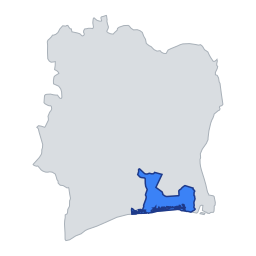 Lagunes highlighted on a map of Ivory Coast
{"feature_id": "CIV-3458", "entity_name": "Lagunes", "entity_type": "Department", "adm_level": 1, "iso_a3": "CIV", "parent_name": "Ivory Coast", "parent_adm1": "", "projection": "robinson", "projection_center": [-4.434, 5.74], "detail": "fine", "context": "in_parent", "style": "filled", "palette": "blue", "viewbox_px": 256, "rotation_deg": 0, "n_neighbors": 0, "source": "natural_earth", "source_scale": "10m", "svg_char_len": 9102}
<svg xmlns="http://www.w3.org/2000/svg" viewBox="0 0 256 256"><path d="M52.4,35.2L53.3,35.2L55.7,34.4L57.9,32.6L59.9,28.9L62.7,25.8L65.8,26.1L66.7,25.5L67.8,25.4L69.0,27.4L70.3,28.9L71.3,28.9L71.9,31.8L77.5,33.0L79.9,33.8L82.0,35.8L82.7,35.9L83.5,35.5L84.2,34.7L84.3,33.9L83.5,32.1L83.8,30.4L84.8,28.9L86.2,28.8L88.4,28.3L90.9,28.3L92.7,28.6L93.5,27.1L92.8,22.9L93.0,20.5L93.3,18.6L94.0,17.8L96.8,20.2L99.3,21.1L101.1,21.2L101.6,20.7L100.9,18.0L101.1,17.2L101.8,16.7L103.0,16.5L106.2,15.4L106.5,15.6L107.1,19.8L106.9,21.2L107.5,24.1L108.4,26.8L108.3,27.9L107.6,29.6L106.8,31.1L106.9,31.7L108.2,32.8L110.6,33.8L113.2,34.1L114.6,32.5L116.1,31.2L117.2,30.1L117.5,28.4L119.1,27.2L123.8,25.6L128.1,25.4L129.1,25.9L131.0,28.2L133.5,29.9L137.2,29.7L139.9,30.6L142.3,32.4L143.8,36.4L145.5,39.3L146.3,43.4L149.0,45.6L151.1,46.6L154.0,49.6L157.0,51.1L160.1,50.7L161.5,52.3L163.8,53.4L166.1,53.5L168.1,50.0L170.8,48.7L177.6,45.9L180.2,44.7L182.9,43.9L189.5,43.6L195.5,44.5L198.5,45.1L200.6,44.7L202.5,46.3L204.5,49.7L206.2,50.8L207.9,52.0L209.1,54.7L210.6,57.4L211.4,58.6L213.2,61.3L214.8,61.3L216.3,60.1L217.0,59.3L217.3,61.0L216.7,63.9L216.8,65.6L217.7,66.3L217.2,68.6L215.4,72.4L215.4,74.7L217.2,75.4L218.5,77.8L219.2,82.0L220.0,83.4L220.1,84.2L221.4,94.2L222.9,104.3L221.9,105.6L220.6,106.0L219.7,106.4L219.4,107.4L220.0,108.8L219.6,110.0L217.9,110.9L214.1,114.1L213.9,115.3L212.9,118.1L212.0,119.7L210.8,122.8L208.9,130.9L208.1,137.7L208.0,139.8L207.3,141.2L206.4,143.3L202.3,149.1L200.3,153.8L200.5,155.9L200.6,157.9L200.0,159.4L200.1,163.4L200.6,166.8L201.4,170.0L204.3,179.3L205.9,185.0L206.9,189.5L207.7,192.6L208.5,193.8L208.8,195.0L213.2,195.8L214.1,196.5L215.3,202.4L215.1,205.1L214.2,206.1L214.2,208.4L214.0,211.2L213.4,212.3L210.9,212.4L209.3,213.5L207.1,213.1L206.9,212.4L205.7,212.1L202.4,210.5L202.9,205.4L201.4,205.2L200.2,205.9L197.9,212.0L196.8,213.1L180.5,209.9L177.0,207.3L172.7,206.8L165.3,207.1L159.2,207.8L157.5,209.4L172.9,208.5L174.5,208.6L175.3,209.6L155.9,211.6L148.4,212.8L146.2,212.5L144.6,210.5L136.5,210.3L134.8,210.9L133.8,212.4L137.0,212.1L142.0,212.0L143.4,213.1L127.7,214.5L116.8,217.3L112.2,219.4L97.0,226.1L87.8,229.3L85.3,230.5L81.1,233.8L75.7,235.9L69.6,239.8L65.9,240.6L65.1,239.4L65.0,232.8L64.5,224.0L64.7,220.7L65.2,217.5L65.2,214.9L67.0,213.9L67.5,212.8L67.8,209.4L69.5,206.2L69.6,200.8L70.1,199.7L70.5,198.2L69.8,194.7L68.8,188.0L68.3,187.5L67.9,187.8L67.0,187.9L63.2,185.6L60.2,185.2L58.2,183.2L58.0,181.0L57.0,179.7L56.3,177.1L55.3,174.1L52.4,172.2L49.7,171.8L47.8,172.2L45.5,172.1L42.9,171.1L41.1,169.9L39.4,167.8L37.8,166.0L36.6,166.2L35.0,165.8L33.5,165.0L33.1,164.4L39.4,157.4L41.5,154.0L41.8,151.9L41.8,149.8L42.5,147.7L42.7,144.4L39.2,132.4L38.3,128.8L37.4,127.7L36.8,127.3L38.5,125.7L41.0,126.1L44.7,127.3L45.5,126.1L48.4,120.1L48.3,117.9L48.0,116.3L49.7,112.2L51.0,110.6L51.7,108.9L51.4,106.5L50.5,105.7L49.2,105.8L47.6,105.2L45.2,103.9L44.0,102.7L44.4,97.2L44.6,95.5L45.5,94.6L46.8,94.3L50.5,94.1L53.5,94.8L56.1,95.1L57.5,95.1L58.6,96.7L60.1,98.4L61.4,98.4L61.9,97.2L61.6,91.8L60.7,88.9L58.7,86.2L53.5,83.8L53.4,80.6L54.0,77.0L55.1,75.7L58.9,73.4L58.3,72.2L57.0,70.9L54.6,69.6L55.2,65.4L55.3,61.6L53.2,62.0L51.1,62.2L49.3,61.1L47.8,58.8L47.5,52.5L47.6,45.1L47.3,41.9L47.9,40.2L49.7,38.6L51.7,36.5L52.4,35.2ZM205.0,213.2L204.1,214.6L200.0,213.7L201.0,212.5L205.0,213.2Z" fill="#d9dde1" stroke="#a8b0b8" stroke-width="1"/><path d="M190.9,212.1L188.0,211.4L186.5,211.4L185.5,211.1L185.3,211.0L185.2,210.9L185.2,210.5L185.3,210.3L185.2,210.0L184.9,209.7L185.2,209.3L184.8,209.6L184.6,210.0L184.4,210.5L184.3,211.0L184.1,211.0L183.7,210.7L183.1,210.7L181.9,210.7L181.4,210.6L180.0,209.7L177.9,209.4L176.9,209.1L176.4,208.3L177.0,208.5L177.7,208.4L178.2,208.1L178.6,207.6L179.0,208.2L179.2,208.5L179.5,208.6L179.8,208.3L179.8,208.0L179.6,207.8L179.6,207.6L180.0,207.7L181.1,208.2L181.3,208.2L181.6,208.1L182.4,208.4L183.5,209.1L183.4,208.8L183.4,208.5L183.3,208.3L183.8,208.3L184.6,208.4L184.9,208.3L185.3,207.7L185.1,207.4L184.7,207.2L184.5,206.7L184.2,205.6L184.1,205.0L184.0,204.8L183.7,204.6L183.4,204.5L183.1,204.7L182.9,204.5L182.6,204.4L182.3,204.5L182.2,204.8L182.3,205.0L182.9,205.5L183.7,206.7L184.2,207.3L184.7,207.6L184.5,208.0L184.0,208.0L183.5,207.8L183.1,208.1L182.8,208.1L182.4,207.5L182.1,207.4L181.8,207.4L181.3,207.3L181.0,207.2L180.6,207.0L180.3,206.6L180.3,206.2L180.1,206.3L179.9,206.5L179.7,206.3L179.6,206.1L179.6,205.8L179.6,205.4L179.4,205.4L179.4,205.9L179.2,206.3L178.9,206.5L178.6,206.4L178.3,206.6L178.0,206.6L177.6,206.6L177.3,206.4L176.5,206.5L176.2,206.6L176.5,206.9L177.0,207.1L177.5,207.0L177.9,206.8L178.3,207.3L177.9,207.7L177.4,208.1L176.8,208.2L176.3,207.9L175.9,207.7L175.2,207.3L174.6,207.1L174.3,207.2L174.0,207.5L173.5,207.4L172.6,206.8L172.2,207.0L171.8,207.2L171.5,207.3L171.1,207.1L170.9,207.3L170.7,207.3L170.5,207.1L170.2,206.8L169.4,207.5L169.0,207.7L168.5,207.6L168.6,207.4L168.7,207.0L168.7,206.8L167.9,206.7L167.6,206.7L167.2,207.1L167.0,206.9L166.7,206.7L166.3,207.3L165.8,207.7L165.5,208.1L165.3,207.8L164.9,207.5L164.5,207.2L164.2,207.1L163.9,207.3L163.6,207.6L163.3,207.8L162.9,207.3L163.0,207.3L163.1,207.2L162.0,207.2L161.6,207.4L161.5,208.1L161.8,207.9L162.0,207.9L162.2,208.2L162.3,208.6L161.7,208.4L159.5,208.3L159.4,208.0L159.3,207.7L158.9,207.1L158.7,207.4L158.7,207.7L158.8,207.9L159.1,208.1L159.1,208.3L158.5,208.4L158.1,208.6L157.4,209.3L156.8,208.9L156.2,208.9L155.6,209.2L155.3,209.5L155.1,209.5L154.8,209.4L154.6,209.2L154.3,209.0L154.2,208.8L154.6,208.6L154.9,208.7L155.2,208.8L155.7,208.8L155.6,208.5L155.5,208.2L155.3,208.1L155.1,208.1L155.1,207.8L155.4,207.6L155.6,207.4L155.7,207.1L155.7,206.6L155.1,207.4L154.6,207.9L153.9,208.0L153.1,208.1L154.0,208.8L153.3,209.4L152.2,210.0L151.4,210.5L151.2,211.0L151.3,211.3L151.5,211.5L152.1,211.7L152.6,211.7L153.2,211.6L153.5,211.4L153.3,211.0L153.3,210.7L154.1,210.5L154.5,210.2L154.6,210.4L154.8,210.6L155.1,210.7L155.4,210.6L156.1,210.3L156.5,210.2L157.5,210.2L157.8,210.3L158.0,210.5L158.7,210.8L159.0,210.7L159.8,210.5L159.4,210.5L159.1,210.5L158.8,210.3L158.7,210.0L158.9,209.8L159.9,209.5L159.9,210.0L160.2,210.0L160.9,209.6L162.7,209.8L163.6,209.3L163.8,209.8L164.0,209.6L164.3,209.1L164.5,208.8L165.0,208.8L165.5,209.1L165.9,209.2L166.4,208.8L166.9,209.1L167.6,208.9L168.2,208.7L169.5,208.4L170.3,207.9L170.7,207.8L174.6,207.7L175.6,208.1L175.3,208.2L175.0,208.3L174.6,208.3L174.3,208.3L176.6,209.5L166.9,210.4L157.1,211.3L152.0,212.6L149.2,212.9L148.6,213.2L148.3,213.0L147.9,212.9L146.3,212.9L145.9,212.9L145.9,212.7L146.0,212.7L146.3,212.7L146.3,212.4L145.4,212.5L145.2,212.0L145.2,211.4L145.0,210.7L145.4,210.2L145.0,210.1L143.3,210.3L142.7,210.5L142.2,210.8L141.8,211.2L141.3,210.7L140.4,210.2L139.3,210.0L138.4,210.2L138.1,209.9L138.3,209.7L140.2,209.5L140.7,209.5L141.0,209.5L141.4,209.9L141.8,210.1L142.0,210.1L142.3,209.9L142.6,209.5L143.7,206.8L143.7,206.6L143.7,206.4L143.6,205.5L143.7,205.3L143.7,205.0L143.8,204.7L145.8,199.3L146.1,198.0L146.2,197.5L146.2,197.1L146.1,196.3L146.0,196.1L145.7,195.5L145.5,195.2L145.5,194.9L145.5,194.6L147.2,189.6L145.7,186.3L145.3,183.5L145.2,179.2L145.1,178.4L144.7,178.1L144.3,177.9L141.1,177.5L139.8,176.9L137.7,174.6L138.6,171.8L138.7,170.8L138.6,170.6L138.6,169.4L139.1,169.0L139.3,168.9L139.5,168.9L139.7,169.0L144.5,173.5L145.1,173.8L146.1,174.0L147.0,174.0L147.3,174.0L149.2,173.3L149.4,173.3L149.9,173.4L150.4,173.5L150.5,173.5L150.8,173.6L151.0,173.7L151.3,173.8L152.2,173.8L153.1,173.8L153.9,173.4L154.6,172.4L162.0,174.4L155.9,187.4L162.1,191.9L162.8,193.7L162.7,194.2L163.0,194.6L163.5,195.0L165.0,196.0L165.9,196.4L166.9,196.5L178.6,195.7L178.9,195.4L179.0,195.1L179.0,194.9L178.8,190.9L179.5,189.9L179.9,189.6L180.2,189.6L180.5,189.4L180.9,189.0L182.2,187.5L184.5,185.8L184.8,185.7L185.0,185.6L193.1,188.1L193.1,188.3L193.1,189.2L193.4,189.6L193.7,189.8L194.1,190.1L194.6,190.8L194.7,191.1L194.7,191.3L194.6,191.6L194.2,192.0L194.1,192.3L194.0,195.1L194.0,195.4L194.1,195.6L194.3,195.7L194.4,195.8L194.5,195.9L194.6,196.1L194.6,196.4L194.8,198.0L194.9,198.4L195.0,198.6L195.0,198.9L194.9,199.2L194.6,200.2L194.1,201.6L194.0,202.0L193.9,202.9L194.2,205.4L193.9,206.9L193.9,207.2L193.9,207.4L194.0,207.5L194.1,207.8L194.2,208.0L194.8,208.5L195.0,208.8L195.1,209.1L195.1,209.3L194.3,210.1L190.9,212.1L190.9,212.1ZM135.2,211.0L135.4,210.8L135.6,210.8L136.0,210.7L136.0,211.0L135.8,211.3L135.1,211.7L134.8,211.9L134.8,211.2L134.3,212.7L134.1,213.2L133.0,211.4L132.8,211.4L132.8,211.6L132.8,211.9L132.4,211.7L132.9,212.7L134.1,213.3L135.7,213.5L136.9,213.2L136.4,212.7L135.9,212.7L135.3,212.8L134.8,212.7L134.8,212.4L135.1,212.5L135.3,212.4L135.6,212.3L135.8,212.2L136.0,212.0L136.4,211.6L136.5,211.4L136.9,211.6L137.5,211.9L138.0,212.0L138.4,211.7L138.8,212.0L139.2,212.0L139.5,211.9L139.7,211.4L139.1,211.5L138.8,211.3L138.6,210.9L138.2,210.7L138.6,210.7L139.6,210.6L141.5,211.8L142.3,211.6L142.8,211.2L143.2,211.1L144.3,211.2L144.4,211.5L144.6,212.1L144.8,212.8L145.2,213.2L137.3,213.4L136.1,214.0L131.9,214.2L131.5,209.5L131.7,208.5L132.1,208.6L132.4,208.7L132.7,208.9L134.3,210.5L134.7,210.7L135.1,210.9L135.2,211.0Z" fill="#3b82f6" stroke="#1e3a8a" stroke-width="1.5"/></svg>